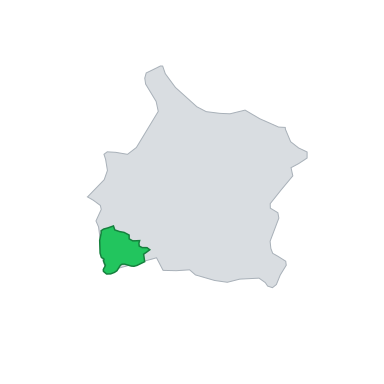 Kosovo, with Kosovska Kamenica highlighted, rotated 146°
{"feature_id": "KOS-5907", "entity_name": "Kosovska Kamenica", "entity_type": "District", "adm_level": 1, "iso_a3": "XKX", "parent_name": "Kosovo", "parent_adm1": "", "projection": "equal_earth", "projection_center": [21.605, 42.591], "detail": "fine", "context": "in_parent", "style": "filled", "palette": "green", "viewbox_px": 384, "rotation_deg": 146, "n_neighbors": 0, "source": "natural_earth", "source_scale": "10m", "svg_char_len": 1661}
<svg xmlns="http://www.w3.org/2000/svg" viewBox="0 0 384 384"><g transform="rotate(146 192 192)"><path d="M116.9,143.9L133.7,138.6L136.1,134.8L132.4,126.8L134.6,121.8L154.8,107.5L158.2,101.1L159.4,96.0L156.7,90.6L153.0,82.2L154.8,78.6L165.3,73.8L173.8,68.1L178.8,67.7L181.9,71.7L181.9,75.9L184.6,83.1L190.9,86.9L201.2,93.1L213.2,97.4L222.7,106.0L235.5,121.3L237.5,128.8L249.1,135.6L259.8,143.2L258.2,157.3L294.9,169.7L303.2,169.6L307.1,171.7L307.0,175.0L304.1,184.9L289.0,215.3L287.8,221.7L277.0,228.3L275.5,232.1L278.5,240.5L281.4,246.4L281.1,246.4L257.9,251.3L250.1,257.1L245.4,267.3L243.9,272.5L239.8,272.7L233.0,267.5L224.4,259.3L213.2,260.0L174.9,277.7L171.1,287.1L170.1,307.4L167.5,312.8L163.4,316.3L147.6,314.1L145.9,312.8L148.0,305.0L147.3,288.0L140.3,259.9L135.3,250.7L124.9,241.6L116.8,235.6L102.2,230.2L94.9,214.9L83.9,197.4L78.6,193.4L79.5,191.7L82.1,178.5L79.0,168.9L74.2,160.8L77.6,155.8L87.8,155.9L96.3,156.8L99.4,149.0L116.9,143.9Z" fill="#d9dde1" stroke="#a8b0b8" stroke-width="1"/><path d="M270.2,160.7L278.7,161.9L281.7,162.9L283.8,164.6L288.2,169.9L290.4,171.3L292.4,171.3L298.3,168.7L301.2,168.7L305.2,169.6L306.0,170.1L308.7,171.8L309.8,175.7L309.0,177.2L307.6,178.1L306.0,178.8L304.7,179.8L304.8,180.3L304.0,183.9L303.9,184.4L303.6,184.7L302.7,185.2L302.5,185.7L302.6,186.4L303.6,188.0L303.7,188.6L302.4,192.7L295.6,203.5L290.2,208.8L289.0,210.7L286.0,210.7L281.9,209.3L276.1,207.8L277.2,203.7L274.1,199.6L270.9,196.5L268.2,191.5L270.3,188.3L268.5,184.7L266.4,183.3L262.6,181.0L264.6,179.3L266.0,176.7L264.4,173.8L260.4,171.0L259.3,167.7L264.0,167.5L266.9,167.5L270.2,160.7Z" fill="#22c55e" stroke="#15803d" stroke-width="1.5"/></g></svg>